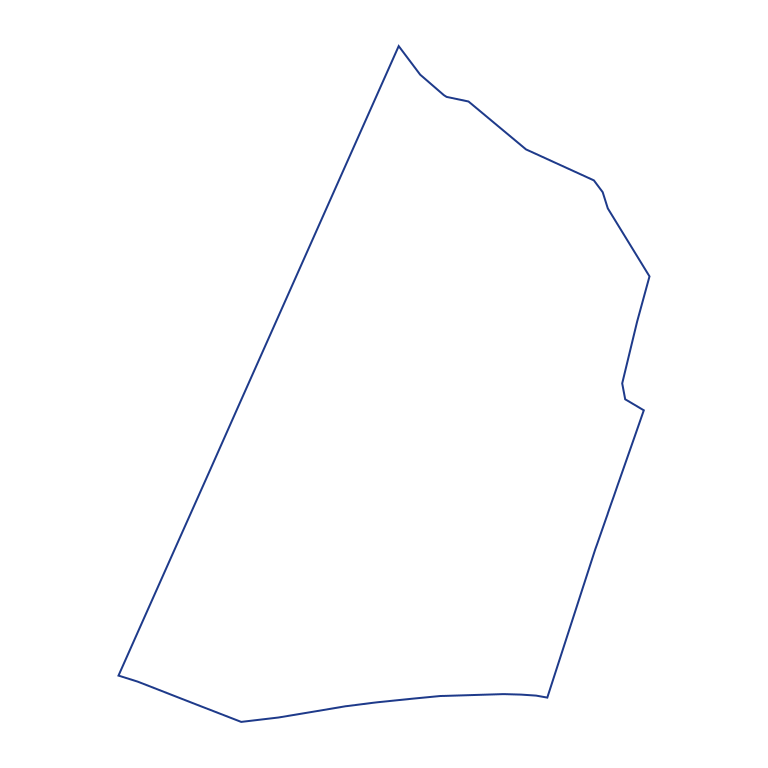 Santa Ana del Valle, Oaxaca, Mexico
{"feature_id": "50627088B45157986380633", "entity_name": "Santa Ana del Valle", "entity_type": "district", "adm_level": 2, "iso_a3": "MEX", "parent_name": "Mexico", "parent_adm1": "Oaxaca", "projection": "mercator", "projection_center": [-96.46, 17.017], "detail": "fine", "context": "isolated", "style": "outline", "palette": "blue", "viewbox_px": 768, "rotation_deg": 0, "n_neighbors": 0, "source": "geoboundaries", "source_scale": "gbopen_adm2", "svg_char_len": 782}
<svg xmlns="http://www.w3.org/2000/svg" viewBox="0 0 768 768"><path d="M398.7,46.1L347.0,162.2L286.7,297.7L237.5,408.2L210.4,469.3L179.1,539.4L138.0,631.7L118.5,675.6L137.6,681.6L200.7,706.2L237.6,720.5L241.2,721.9L278.5,717.5L302.5,713.5L345.9,706.2L347.0,706.1L372.9,702.8L378.1,702.2L412.3,698.7L440.4,696.0L445.0,695.9L503.6,694.1L521.0,694.6L536.1,695.6L547.3,697.6L554.6,675.0L565.6,641.0L576.0,608.9L582.9,587.5L584.3,583.2L593.8,553.8L595.4,548.9L597.1,544.2L606.8,516.4L607.6,514.2L607.7,513.7L611.2,503.6L613.8,496.3L617.8,484.7L619.6,479.6L634.8,436.2L643.8,410.3L625.2,399.3L622.2,383.4L637.1,321.7L649.5,276.4L607.8,208.4L602.7,192.2L593.9,180.4L526.0,149.4L468.5,101.5L446.6,96.9L443.8,95.1L420.2,74.7L398.7,46.1Z" fill="none" stroke="#1e3a8a" stroke-width="2"/></svg>